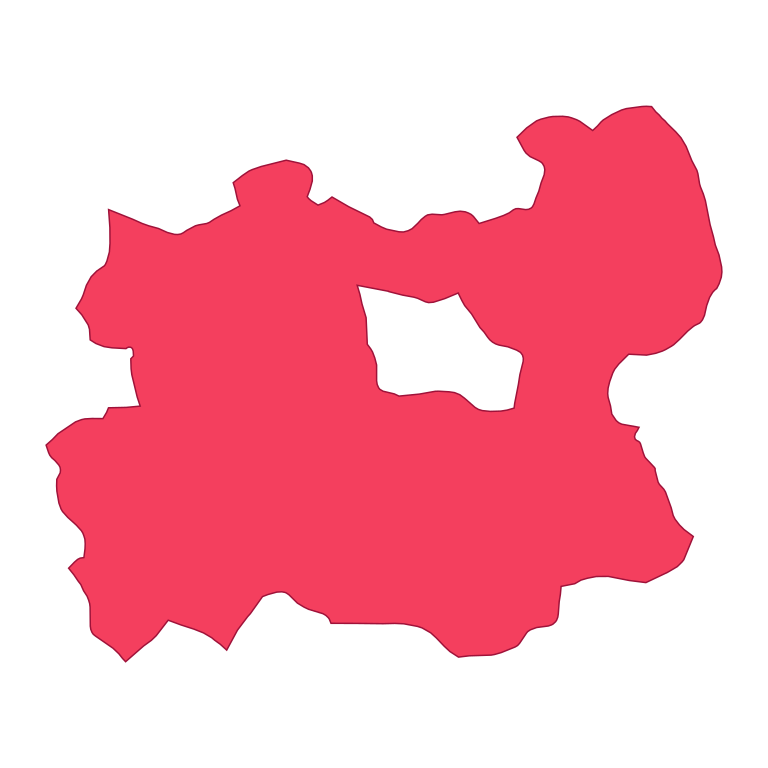 outline of Töv
{"feature_id": "MNG-3329", "entity_name": "Töv", "entity_type": "Province", "adm_level": 1, "iso_a3": "MNG", "parent_name": "Mongolia", "parent_adm1": "", "projection": "mercator", "projection_center": [106.662, 47.753], "detail": "fine", "context": "isolated", "style": "filled", "palette": "rose", "viewbox_px": 768, "rotation_deg": 0, "n_neighbors": 0, "source": "natural_earth", "source_scale": "10m", "svg_char_len": 4995}
<svg xmlns="http://www.w3.org/2000/svg" viewBox="0 0 768 768"><path d="M639.0,427.3L637.3,430.6L635.4,433.3L634.5,436.8L635.2,439.2L636.7,440.5L638.4,441.3L639.7,442.3L640.5,443.8L643.2,452.8L644.7,456.8L645.8,458.3L654.3,467.3L655.1,468.5L655.2,470.7L658.1,482.1L659.4,484.4L663.8,489.2L665.5,492.0L671.2,507.8L673.2,515.5L675.1,519.3L679.5,525.0L684.0,529.5L693.3,536.5L683.8,559.7L682.1,561.9L677.3,566.6L667.6,572.3L645.9,582.6L629.3,580.5L608.3,576.4L596.3,576.5L587.5,578.2L581.0,580.1L574.8,583.7L561.1,586.4L560.4,594.2L559.2,601.7L558.3,613.8L557.8,617.1L556.6,620.2L555.6,621.7L553.0,624.1L551.5,624.9L548.3,626.0L536.7,627.5L530.4,629.8L527.7,631.6L526.6,632.9L519.6,643.3L517.6,645.5L515.1,647.0L501.2,652.6L494.5,654.5L491.1,655.1L469.4,655.8L458.5,657.1L450.0,651.6L444.2,646.2L436.4,638.0L430.7,632.8L422.1,627.9L417.5,626.4L403.8,623.8L394.8,623.4L383.0,623.7L356.9,623.4L331.0,623.3L329.3,619.1L328.3,617.7L325.9,615.4L323.0,613.7L308.6,609.3L304.0,607.1L297.4,603.1L289.0,594.8L286.4,593.0L285.0,592.4L281.8,591.8L276.8,592.1L268.0,594.5L262.5,596.6L250.4,613.6L247.6,616.7L237.5,630.1L226.7,650.1L220.2,644.2L214.9,640.4L211.7,637.7L203.5,632.9L193.9,629.1L180.9,624.9L168.2,620.2L156.2,635.7L151.4,640.3L143.7,645.9L125.6,661.7L122.6,658.5L118.9,653.8L113.0,648.2L95.4,636.0L93.3,634.3L92.0,632.4L90.8,629.4L90.3,626.2L90.1,607.1L89.7,603.7L88.6,600.0L87.1,596.2L83.6,590.8L80.8,584.5L78.3,581.3L73.9,574.8L68.6,568.2L74.4,562.2L77.6,559.4L80.2,558.1L83.9,557.6L85.0,548.9L85.2,543.8L84.9,539.2L84.0,536.2L82.9,533.2L81.4,530.7L76.2,525.0L67.8,517.4L62.6,511.6L61.1,509.1L58.9,503.0L56.9,491.3L56.6,485.9L56.8,479.3L60.2,472.8L60.5,470.1L60.1,467.4L58.9,465.1L54.8,460.4L51.7,457.7L49.8,455.2L48.6,452.6L46.1,445.1L52.4,439.5L58.0,433.7L75.5,421.9L81.6,419.6L84.9,418.9L92.0,418.5L102.9,418.6L106.6,412.4L108.5,407.8L126.3,407.4L140.2,406.1L137.2,397.0L131.8,374.6L131.1,368.8L130.8,358.8L133.5,356.0L133.2,350.9L132.5,348.8L131.7,347.9L130.8,347.3L128.8,347.1L127.2,347.7L126.0,348.6L111.8,347.8L104.0,346.6L95.9,343.5L90.2,339.9L89.5,329.3L88.2,324.9L81.8,314.8L76.0,308.3L81.5,298.9L83.2,295.0L86.4,285.3L91.2,276.7L96.8,271.0L104.4,265.8L105.4,264.4L106.9,261.1L109.4,252.0L110.0,243.4L109.9,227.7L108.6,209.6L132.6,219.2L142.2,223.5L148.7,225.8L158.5,228.5L167.4,232.5L174.6,234.4L177.8,234.5L180.8,234.0L183.4,232.7L186.7,230.4L195.4,225.8L198.7,224.9L206.7,223.5L209.4,222.4L214.0,219.3L221.5,215.1L230.9,210.8L240.0,205.8L237.4,199.2L235.0,188.4L233.2,182.7L242.3,175.6L248.9,171.1L252.2,169.6L261.2,166.5L286.2,160.2L299.3,163.1L304.0,164.6L308.4,167.8L310.6,170.8L311.4,172.4L312.3,175.8L312.3,181.0L310.0,189.3L307.2,196.7L308.6,198.5L311.1,200.7L318.0,205.1L324.4,202.5L327.8,200.3L332.0,197.0L348.7,206.7L369.7,217.0L372.4,219.5L373.8,222.9L381.4,227.0L386.6,229.2L399.0,231.8L403.4,232.0L408.2,230.7L412.1,228.7L417.8,223.3L421.3,219.5L425.2,216.3L427.6,214.9L432.1,214.2L441.8,214.8L444.5,214.4L455.1,211.8L460.2,211.2L465.2,211.8L468.4,213.0L471.1,214.4L473.4,216.4L479.1,223.5L495.4,218.4L503.5,215.5L509.3,212.8L513.4,209.8L515.9,208.7L518.6,208.6L525.6,209.6L528.6,209.3L531.4,207.9L532.5,206.7L534.0,203.9L536.0,197.9L538.8,191.2L541.1,182.9L544.2,174.7L544.8,169.7L544.2,166.5L542.5,163.5L541.3,162.3L538.7,160.7L530.1,156.6L526.1,153.2L524.1,150.4L517.0,137.3L526.7,127.9L536.5,120.9L540.8,119.2L548.9,117.1L552.8,116.5L562.7,116.3L568.2,116.9L571.7,117.9L576.6,119.7L579.8,121.3L592.7,130.5L597.6,125.9L601.0,122.0L603.2,120.0L611.8,114.6L621.6,110.0L626.3,108.6L642.0,106.5L646.3,106.3L651.6,106.6L655.8,111.9L659.3,115.1L661.9,118.2L664.9,120.8L667.4,123.7L675.7,131.8L681.0,137.8L686.1,146.4L691.8,160.6L696.9,170.3L697.9,173.7L699.6,184.0L700.5,187.0L703.3,193.9L705.4,200.7L710.1,224.7L713.4,236.6L715.3,245.0L719.0,254.9L721.6,266.9L721.9,272.0L721.3,277.2L719.1,283.8L716.7,288.5L714.9,289.9L712.6,292.4L709.6,297.4L706.7,305.5L704.5,315.3L702.5,319.8L700.7,322.1L699.6,323.1L694.7,325.5L692.6,327.0L687.7,331.1L679.6,339.3L673.7,344.7L671.3,346.3L665.5,349.6L662.3,351.1L655.7,353.3L646.6,355.1L628.7,354.2L618.9,363.9L614.7,369.2L612.8,372.9L609.7,381.6L608.1,388.1L607.7,393.6L608.1,397.3L610.5,405.9L611.8,414.1L616.2,420.6L618.8,422.8L621.8,424.2L639.0,427.3ZM428.6,302.6L425.4,301.8L417.7,298.3L414.0,297.2L402.6,295.1L388.4,291.5L389.1,291.4L357.2,285.3L359.9,294.4L362.0,304.0L366.1,317.7L367.3,344.3L370.6,348.7L372.5,351.9L374.8,358.0L376.6,365.0L376.6,380.8L377.2,384.5L378.6,387.7L379.7,389.2L383.0,391.2L394.3,393.9L399.0,396.1L419.3,394.1L435.2,391.3L438.6,391.2L449.1,391.8L454.5,392.6L459.8,394.7L464.5,398.2L475.0,407.4L478.4,409.4L482.3,410.6L490.4,411.4L500.8,411.1L507.1,410.1L514.1,408.1L514.7,403.3L518.4,384.3L519.9,374.6L523.2,361.3L523.3,358.2L522.5,355.1L520.5,352.4L516.6,350.1L507.9,346.8L499.1,345.1L495.6,343.9L492.5,342.1L489.8,339.8L487.6,337.1L484.0,332.0L480.0,327.6L471.6,314.0L464.7,305.6L461.8,300.4L458.2,293.0L444.8,298.6L433.5,302.2L428.6,302.6Z" fill="#f43f5e" stroke="#9f1239" stroke-width="1.5"/></svg>